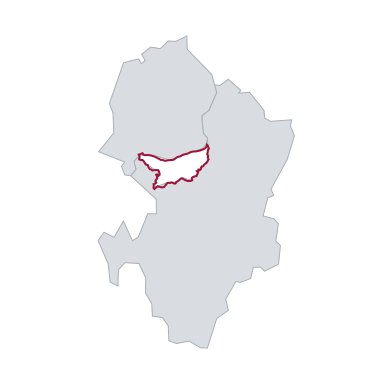 Moldova highlighted among its neighbors, rotated 102°
{"feature_id": "MDA", "entity_name": "Moldova", "entity_type": "country or territory", "adm_level": 0, "iso_a3": "MDA", "parent_name": "Europe", "parent_adm1": "", "projection": "orthographic", "projection_center": [28.535, 46.964], "detail": "fine", "context": "with_neighbors", "style": "outline", "palette": "rose", "viewbox_px": 384, "rotation_deg": 102, "n_neighbors": 2, "source": "natural_earth", "source_scale": "50m", "svg_char_len": 3362}
<svg xmlns="http://www.w3.org/2000/svg" viewBox="0 0 384 384"><g transform="rotate(102 192 192)"><path d="M275.1,243.0L283.4,247.8L299.4,244.9L297.1,253.4L279.9,258.9L259.0,273.8L249.6,269.7L252.6,258.8L234.6,253.1L252.1,240.1L247.1,235.2L222.3,230.7L220.9,222.2L206.5,225.5L188.9,255.4L181.6,251.5L174.0,255.2L166.9,251.0L170.9,248.6L178.0,233.4L176.9,229.3L195.2,229.4L187.7,218.0L185.3,208.5L179.7,204.8L180.7,197.0L173.8,190.9L156.4,182.9L136.1,188.1L132.1,193.3L115.4,198.3L108.5,192.4L89.5,188.6L82.6,193.0L82.0,186.8L74.1,180.0L82.4,165.4L85.6,167.0L82.5,156.5L97.2,138.5L104.6,136.3L106.6,130.0L100.7,109.7L107.5,109.2L115.6,103.5L140.7,105.7L172.9,115.4L178.2,111.4L182.0,116.7L200.6,117.5L201.2,106.0L205.3,100.9L222.6,99.8L225.9,94.4L244.5,92.3L254.4,104.5L251.2,109.4L253.0,116.3L264.4,116.6L270.4,126.0L270.5,130.5L289.6,136.7L300.3,131.9L310.5,141.5L341.4,144.5L342.6,151.1L338.4,163.8L343.5,175.8L342.3,183.7L327.9,187.4L321.0,194.7L321.7,204.9L309.7,208.1L300.2,216.6L285.8,219.3L273.0,228.9L275.1,243.0Z" fill="#d9dde1" stroke="#a8b0b8" stroke-width="1"/><path d="M166.9,251.0L174.0,255.2L181.6,251.5L188.9,255.4L189.3,261.3L181.5,266.3L176.6,264.1L172.1,291.7L150.5,280.8L131.1,285.7L122.7,291.2L79.7,285.8L72.9,271.9L77.0,268.3L73.2,265.2L67.7,269.9L58.8,262.4L58.4,252.9L49.2,246.7L48.1,239.3L40.5,229.5L53.4,226.4L72.9,197.1L89.5,188.6L108.5,192.4L115.4,198.3L132.1,193.3L136.1,188.1L142.5,188.2L147.1,190.6L165.3,220.8L164.1,240.6L166.9,251.0Z" fill="#d9dde1" stroke="#a8b0b8" stroke-width="1"/><path d="M142.6,187.3L142.9,186.6L146.1,184.5L146.9,184.9L148.5,185.0L151.9,185.0L153.5,183.6L154.5,184.0L155.4,183.4L156.8,182.6L157.0,182.8L159.3,183.3L160.9,184.1L161.9,185.2L163.0,186.0L164.2,186.3L164.8,186.9L164.9,187.7L166.0,188.2L168.0,188.2L168.8,188.8L168.5,189.9L168.7,190.3L169.5,189.9L170.0,190.3L170.3,191.1L170.6,191.6L171.6,190.2L172.7,190.3L175.4,190.9L176.8,193.7L177.7,194.7L178.4,195.1L179.4,194.7L180.2,194.2L180.7,194.4L181.8,196.3L182.1,198.7L182.1,199.7L181.7,201.4L181.2,203.2L180.8,204.3L181.0,205.3L181.4,206.0L182.0,206.3L184.1,207.8L184.9,208.9L186.0,209.7L186.8,209.7L187.3,210.2L187.4,210.7L187.3,212.1L186.9,213.5L187.0,214.3L187.7,215.3L187.8,216.5L187.9,217.2L188.3,217.8L190.2,219.0L192.7,220.2L193.4,221.3L193.8,222.6L193.7,224.9L193.5,226.8L196.9,229.4L196.5,229.9L196.0,230.5L192.9,230.9L192.3,231.2L190.9,229.2L190.2,228.9L189.5,229.7L188.7,230.1L187.8,229.9L186.8,229.3L186.3,228.9L185.8,228.8L185.2,229.3L184.4,229.1L183.8,228.6L183.1,230.3L182.6,230.7L182.3,230.6L182.2,227.8L182.0,227.3L181.3,227.3L179.8,228.0L178.4,228.8L177.9,229.6L177.9,231.0L178.2,232.7L179.2,235.3L178.6,236.4L178.3,238.2L176.7,239.8L174.9,240.8L174.8,242.7L173.8,244.0L172.1,245.4L171.0,247.0L171.3,248.1L171.4,249.1L171.2,249.8L171.1,250.4L170.7,250.6L168.1,250.8L167.4,251.1L166.5,251.9L165.7,250.4L164.9,249.2L164.3,248.5L164.6,248.2L165.2,247.8L165.7,247.4L165.7,245.9L165.3,244.1L165.0,243.3L165.0,242.0L164.8,239.9L165.1,236.2L166.4,231.4L167.1,229.0L166.8,227.7L167.1,224.7L166.5,223.2L165.7,221.2L164.5,217.0L163.0,215.5L161.1,213.8L160.3,212.6L159.8,211.2L158.7,209.9L157.4,208.6L156.0,205.5L155.2,204.1L155.0,203.7L153.3,201.7L152.4,199.9L151.9,198.4L151.7,197.1L150.5,194.4L149.5,192.3L148.5,190.9L148.0,189.9L146.8,188.5L145.1,187.5L144.0,187.3L142.6,187.3Z" fill="none" stroke="#9f1239" stroke-width="2"/></g></svg>